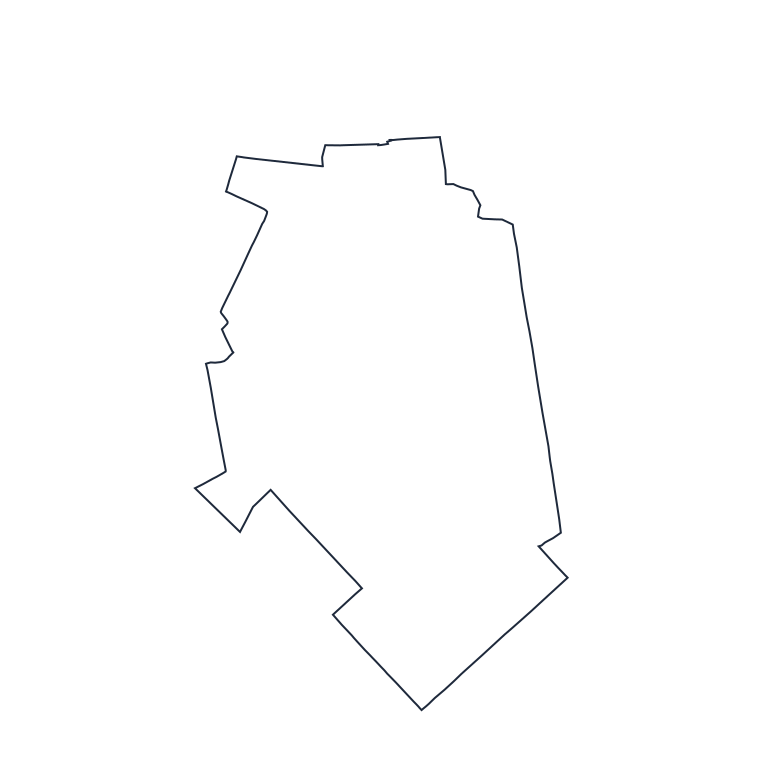 outline of Intorsura, Dolj, Romania, rotated 317°
{"feature_id": "2599482B5939349037702", "entity_name": "Intorsura", "entity_type": "district", "adm_level": 2, "iso_a3": "ROU", "parent_name": "Romania", "parent_adm1": "Dolj", "projection": "orthographic", "projection_center": [23.557, 44.11], "detail": "fine", "context": "isolated", "style": "outline", "palette": "slate", "viewbox_px": 768, "rotation_deg": 317, "n_neighbors": 0, "source": "geoboundaries", "source_scale": "gbopen_adm2", "svg_char_len": 2806}
<svg xmlns="http://www.w3.org/2000/svg" viewBox="0 0 768 768"><g transform="rotate(317 384 384)"><path d="M386.2,650.9L386.2,649.7L386.1,647.4L386.1,645.1L386.0,636.8L386.0,630.7L386.3,613.4L386.4,608.2L387.6,608.8L388.8,609.4L389.5,609.6L390.8,609.6L393.5,609.7L396.0,610.3L402.4,612.0L409.1,613.0L411.9,613.4L419.9,602.4L422.5,598.6L426.4,592.9L440.3,572.5L445.9,564.5L453.0,553.7L455.3,550.5L461.8,541.7L480.1,513.4L495.2,490.7L508.0,472.0L517.0,459.0L526.3,444.7L533.8,432.6L542.4,419.7L550.3,407.8L563.1,390.3L574.2,374.7L581.5,362.8L586.9,355.2L582.6,344.3L577.5,339.3L568.8,330.3L566.9,325.7L573.2,320.6L576.4,319.0L578.0,312.8L579.2,307.4L580.6,303.6L579.7,301.3L574.4,292.7L572.4,288.5L571.1,285.1L566.6,281.2L565.6,280.0L574.9,269.2L592.7,242.3L593.3,241.5L578.4,229.1L575.3,226.5L572.8,224.4L567.8,220.2L560.4,214.3L557.2,211.9L556.0,210.7L554.8,209.6L554.7,210.2L554.7,210.6L551.6,209.0L550.7,211.1L547.8,209.2L544.7,207.1L542.6,205.4L543.4,204.7L515.8,180.5L514.7,179.6L503.9,169.3L493.5,175.9L492.0,177.6L487.8,183.0L487.4,182.7L481.0,175.3L444.1,132.4L436.5,123.3L436.2,122.9L435.8,122.5L435.5,122.0L432.4,118.1L431.6,117.1L429.0,118.7L419.6,124.0L409.3,129.8L406.3,131.7L401.1,134.8L399.7,135.5L399.8,135.9L400.5,137.1L402.3,141.4L404.1,146.1L410.8,161.9L415.6,174.4L415.8,175.5L416.0,176.2L416.0,177.1L416.0,177.6L416.0,178.3L415.1,179.1L414.0,179.8L411.0,181.3L407.5,183.0L404.2,183.8L392.8,188.6L385.6,191.4L382.1,192.6L373.7,196.0L357.0,202.9L337.9,210.3L333.0,212.2L330.2,213.2L317.5,218.1L313.9,219.8L313.6,220.4L313.3,221.2L313.0,225.2L312.6,228.6L312.3,230.8L312.1,231.7L311.5,232.4L311.0,232.8L310.4,233.0L306.4,233.3L303.5,233.4L302.8,233.4L299.9,241.6L295.3,256.8L295.4,257.9L295.3,258.2L293.3,258.2L289.3,258.3L287.4,258.6L286.0,258.6L282.8,258.3L279.5,256.6L275.1,253.3L271.9,250.0L268.9,248.4L267.6,247.8L264.4,253.5L254.7,268.7L237.9,294.0L232.0,303.5L221.6,319.8L215.2,329.9L209.5,339.0L209.2,339.4L208.7,339.8L208.5,340.0L205.9,339.5L198.2,337.7L194.1,336.5L183.3,333.8L174.7,331.3L177.8,394.0L180.6,393.0L188.1,390.4L203.3,384.9L204.5,384.5L207.6,384.5L223.1,384.2L228.9,384.1L228.7,393.3L228.3,412.3L228.3,439.9L228.5,451.2L228.5,496.4L228.7,508.6L228.5,516.9L228.5,518.4L219.2,518.1L190.6,517.9L189.3,517.9L188.9,531.2L189.0,545.8L188.8,549.2L188.7,554.7L188.6,565.3L188.8,573.2L188.8,575.9L188.9,582.3L188.9,588.2L189.0,593.7L188.8,598.1L188.9,600.7L189.1,610.1L189.1,616.5L189.1,623.8L189.1,625.4L189.1,627.5L189.1,631.8L189.1,632.7L189.1,634.1L189.1,636.5L189.2,640.3L189.2,642.6L189.2,643.7L189.1,645.1L189.1,645.9L189.1,648.1L191.9,648.2L194.8,648.4L198.8,648.5L202.5,648.4L207.0,648.3L219.6,648.9L232.3,649.0L243.1,648.8L271.3,649.3L272.5,649.3L301.4,649.5L312.0,649.9L336.1,650.5L352.8,650.6L386.2,650.9Z" fill="none" stroke="#1e293b" stroke-width="2"/></g></svg>